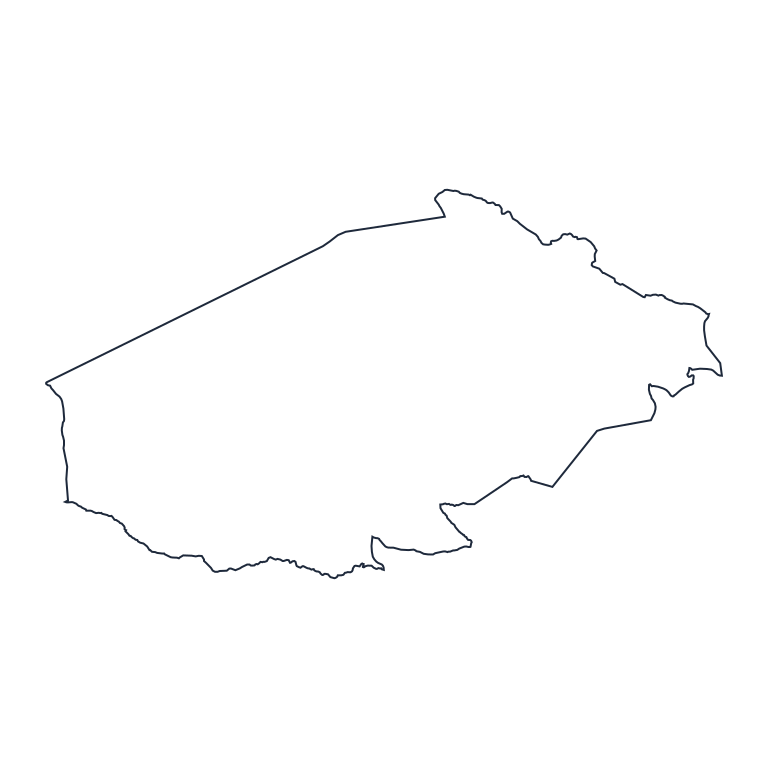 outline of Alpatláhuac, Veracruz, Mexico
{"feature_id": "50627088B30858161806263", "entity_name": "Alpatláhuac", "entity_type": "district", "adm_level": 2, "iso_a3": "MEX", "parent_name": "Mexico", "parent_adm1": "Veracruz", "projection": "mercator", "projection_center": [-97.125, 19.099], "detail": "fine", "context": "isolated", "style": "outline", "palette": "slate", "viewbox_px": 768, "rotation_deg": 0, "n_neighbors": 0, "source": "geoboundaries", "source_scale": "gbopen_adm2", "svg_char_len": 6084}
<svg xmlns="http://www.w3.org/2000/svg" viewBox="0 0 768 768"><path d="M709.0,314.0L708.1,314.2L706.2,313.5L705.4,312.3L700.4,308.4L698.0,306.9L696.0,306.1L692.9,304.4L683.5,303.5L682.1,303.8L680.3,303.7L675.4,302.6L672.7,301.3L671.9,300.6L669.8,300.2L667.5,299.2L664.8,297.6L664.8,296.8L662.8,295.5L661.6,295.0L659.4,295.1L658.4,295.6L655.9,294.6L652.9,294.8L650.6,295.7L645.9,295.0L644.7,297.2L643.3,297.0L622.5,284.1L620.3,284.7L615.2,281.9L614.4,278.7L604.2,273.1L602.8,272.9L599.3,268.7L592.8,266.4L591.7,265.1L592.0,263.1L592.5,262.5L595.2,261.0L594.7,256.5L594.8,254.1L596.6,250.5L595.1,248.5L594.2,246.3L590.7,242.1L585.6,238.6L583.2,238.4L578.0,239.2L577.5,239.0L577.0,237.2L575.6,236.8L574.7,237.1L573.0,236.5L572.2,235.2L571.1,234.1L569.8,233.5L567.3,234.6L565.1,234.1L563.2,234.3L561.7,235.7L561.0,237.6L558.6,239.5L556.6,240.5L554.1,240.9L552.3,240.8L551.1,241.3L550.8,242.5L551.2,243.9L549.6,244.5L548.2,244.8L545.0,244.6L543.1,244.3L541.4,242.8L540.5,241.0L538.9,239.2L537.9,236.9L535.8,234.5L527.1,229.4L519.9,223.8L517.3,221.2L512.8,218.6L510.1,212.5L508.6,211.6L507.5,211.6L504.2,213.8L502.2,213.8L501.6,212.2L501.7,208.8L500.2,206.4L498.9,205.1L495.5,205.0L494.7,203.8L493.1,202.6L492.3,202.5L490.0,203.1L488.0,203.0L486.9,202.4L485.9,201.0L484.6,200.2L482.6,199.6L481.8,198.5L477.3,198.0L475.8,197.5L473.7,196.6L470.6,194.7L469.9,195.2L468.7,194.6L463.7,194.2L461.4,193.6L459.7,192.8L458.8,191.7L456.3,190.9L454.7,190.7L453.4,191.0L447.3,189.8L444.8,190.0L442.4,192.0L438.7,193.8L435.1,198.2L435.2,200.1L438.7,204.6L439.5,206.2L440.8,207.9L443.7,213.6L444.8,216.7L345.6,231.8L337.9,235.1L329.7,241.5L322.9,246.2L46.6,382.3L46.1,383.0L46.2,383.9L47.9,385.2L50.1,385.7L51.4,388.4L53.0,390.1L56.0,393.9L59.5,396.6L61.2,399.0L62.1,401.4L63.4,408.6L64.2,419.1L64.0,420.9L62.9,422.5L62.3,426.5L61.9,427.9L61.8,430.5L62.4,434.9L63.1,436.8L64.0,440.6L64.0,445.1L63.5,448.2L67.2,466.8L66.3,479.2L68.0,500.5L65.2,501.9L66.3,502.3L67.9,502.4L72.0,502.1L73.0,502.3L76.4,503.8L78.0,505.4L79.0,506.0L80.9,506.6L82.1,507.7L85.9,509.5L86.3,510.7L90.7,510.7L92.0,511.1L93.5,512.0L96.1,513.1L98.8,512.8L100.3,513.1L101.4,512.9L102.2,513.8L107.5,515.1L108.5,515.9L110.2,516.1L111.5,515.9L112.7,517.2L114.5,519.8L116.5,520.1L117.4,520.9L118.8,521.6L120.0,523.0L121.8,523.6L124.1,526.2L124.7,527.7L124.5,529.0L125.2,529.8L126.1,530.2L125.5,531.3L128.4,534.2L129.5,535.8L130.6,535.9L131.8,537.2L133.2,538.2L134.1,538.4L135.5,539.7L137.3,540.0L138.0,541.4L140.2,542.7L143.5,543.5L147.2,546.5L149.5,550.1L150.1,550.0L152.0,551.8L155.2,552.1L157.1,552.9L161.9,553.5L164.2,553.5L164.6,554.2L170.7,557.2L172.6,557.5L177.0,557.7L178.9,558.3L179.7,557.5L183.2,555.4L191.6,555.7L195.7,556.4L198.8,555.8L201.8,556.0L204.0,559.5L204.0,561.0L205.9,562.7L211.0,567.9L212.7,570.6L215.0,571.8L217.6,571.8L219.7,571.0L226.8,570.7L229.3,568.6L230.9,568.5L235.4,570.2L239.8,568.4L242.0,567.0L247.2,564.5L249.5,564.5L250.7,565.5L252.1,565.6L254.5,565.4L255.4,564.4L256.7,564.0L257.7,564.3L259.0,563.4L260.5,561.9L262.5,562.2L263.2,561.8L264.5,561.9L266.8,561.1L268.7,557.9L270.5,557.2L274.2,559.1L275.8,559.6L277.5,558.9L280.4,559.6L282.6,561.0L283.7,561.0L286.9,559.9L288.7,560.2L290.0,562.8L290.7,562.7L292.5,561.3L294.3,561.0L295.5,561.8L296.4,565.3L296.8,566.1L299.0,567.2L300.5,567.7L302.5,566.2L303.5,566.2L306.7,567.9L308.1,568.4L309.5,568.5L310.3,569.1L311.5,569.6L313.2,569.1L313.8,569.2L314.2,570.2L315.2,570.9L316.4,571.4L318.4,571.6L319.8,572.3L320.5,573.5L322.1,574.9L322.8,575.0L323.6,574.6L324.3,573.9L325.8,573.9L328.0,574.3L330.4,577.1L334.4,578.2L335.5,577.9L336.5,577.3L337.3,576.6L337.8,575.3L341.3,575.3L343.4,574.8L344.9,572.8L346.3,572.6L347.6,572.1L350.3,572.3L351.4,571.8L352.1,571.2L352.7,569.9L352.9,568.4L354.5,566.0L355.7,565.7L359.6,566.4L361.4,563.9L362.2,563.5L362.7,563.9L363.6,564.0L363.5,565.3L362.9,566.2L362.9,567.0L363.8,567.3L364.5,567.0L364.8,566.4L367.7,565.6L371.6,565.7L373.7,567.7L376.2,568.9L376.9,568.9L378.4,568.1L380.3,568.5L381.1,568.3L381.8,569.3L383.8,569.9L383.6,567.5L382.9,565.7L381.8,564.5L378.1,562.9L376.3,561.6L374.3,559.3L372.8,556.7L371.9,551.8L371.5,546.0L372.4,536.7L373.8,537.5L376.0,538.1L377.6,538.2L379.1,538.9L379.6,540.0L380.8,541.2L382.4,543.2L385.3,546.4L386.6,547.1L388.3,547.6L393.5,547.7L401.0,549.7L408.6,550.1L413.7,549.6L415.7,550.5L416.3,551.2L420.0,551.9L423.7,553.8L428.1,554.4L433.0,554.5L435.2,553.2L443.1,551.5L445.1,551.4L447.6,552.1L448.2,551.7L450.2,551.6L453.2,550.4L453.9,550.5L457.3,549.9L459.2,548.6L464.3,546.6L466.3,546.5L468.5,547.0L470.1,547.0L470.5,546.8L471.2,543.2L471.7,542.2L471.1,540.7L470.2,540.0L468.1,539.9L466.8,538.3L466.6,537.4L466.2,537.0L465.6,536.9L464.6,536.2L464.0,535.0L463.0,534.8L462.7,534.3L460.8,533.0L459.7,531.9L459.4,531.9L455.5,527.3L454.3,524.8L451.3,522.8L450.7,521.7L447.3,518.1L446.6,515.6L445.5,514.8L444.9,513.6L443.3,512.8L440.5,508.2L440.3,504.5L442.9,504.3L443.6,503.9L445.3,503.5L446.9,504.2L449.0,503.9L450.3,504.8L451.0,504.9L451.8,504.6L453.4,505.1L454.4,506.0L454.9,506.0L456.3,505.0L458.3,505.2L463.3,502.9L467.3,504.1L474.5,504.1L507.3,482.0L512.1,478.4L513.7,478.4L516.6,477.8L519.4,477.1L520.3,476.1L522.2,476.0L523.5,475.5L524.5,476.9L526.6,477.0L527.6,476.3L528.4,476.2L530.7,479.5L531.1,480.8L552.4,486.9L597.0,430.9L604.3,428.6L650.9,420.2L654.4,413.2L655.4,409.4L655.6,406.8L654.9,403.3L652.9,399.9L651.6,398.5L651.0,395.9L649.9,393.9L648.9,389.7L649.1,384.8L649.4,384.6L650.1,384.3L651.8,386.2L653.6,386.0L658.0,386.7L663.1,388.4L664.6,389.1L666.5,390.2L668.7,392.4L670.8,395.5L672.4,396.4L673.6,396.3L674.1,395.4L675.4,394.7L678.9,391.5L682.2,388.8L684.7,387.4L689.6,385.1L692.0,384.4L693.2,383.5L693.1,379.7L693.6,378.4L693.7,376.1L693.2,375.4L691.7,375.4L690.4,376.5L688.9,376.9L688.0,376.1L687.4,374.7L687.4,374.1L688.2,373.1L689.0,370.9L689.4,368.0L690.1,368.1L691.3,368.8L692.2,369.8L700.0,368.7L707.0,369.0L711.3,369.6L713.2,370.6L717.7,374.7L719.7,375.5L721.9,375.7L720.2,363.1L706.5,345.6L704.9,336.3L704.1,330.3L704.1,326.6L704.4,323.1L705.0,321.2L707.8,317.8L708.5,316.3L708.5,315.6L709.0,314.0Z" fill="none" stroke="#1e293b" stroke-width="2"/></svg>